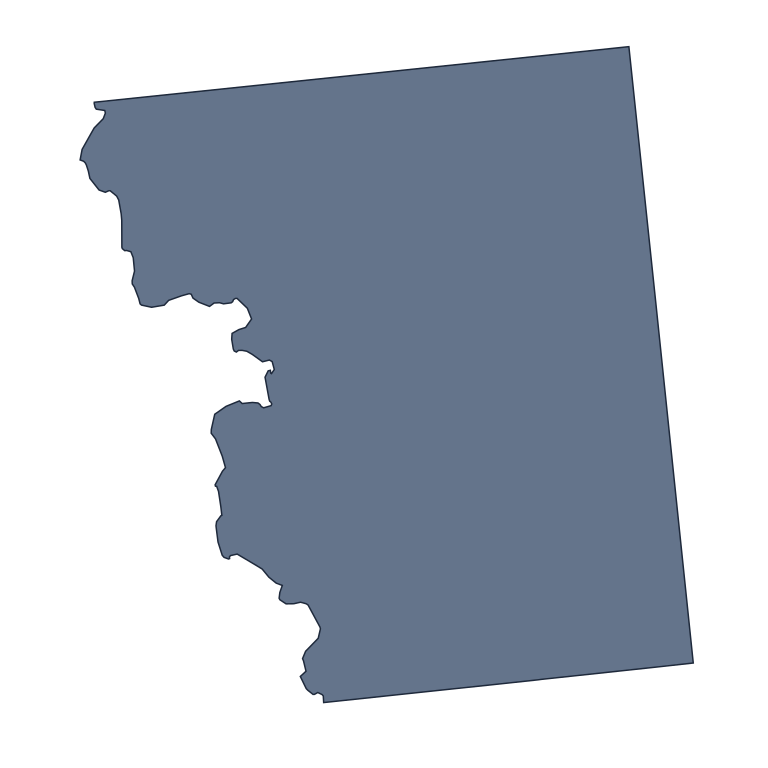 outline of Lincoln, South Dakota, United States of America, rotated 174°
{"feature_id": "52423323B14637934462643", "entity_name": "Lincoln", "entity_type": "district", "adm_level": 2, "iso_a3": "USA", "parent_name": "United States of America", "parent_adm1": "South Dakota", "projection": "equal_earth", "projection_center": [-96.553, 43.292], "detail": "fine", "context": "isolated", "style": "filled", "palette": "slate", "viewbox_px": 768, "rotation_deg": 174, "n_neighbors": 0, "source": "geoboundaries", "source_scale": "gbopen_adm2", "svg_char_len": 2040}
<svg xmlns="http://www.w3.org/2000/svg" viewBox="0 0 768 768"><g transform="rotate(174 384 384)"><path d="M105.2,693.9L240.7,694.0L642.7,694.5L642.9,693.3L642.4,689.3L641.4,687.4L633.1,685.2L632.8,682.5L635.5,677.2L645.4,669.0L649.7,663.0L659.7,648.9L662.8,638.6L659.4,636.9L658.0,635.2L657.1,632.9L655.8,626.7L655.0,619.2L647.1,606.7L641.1,603.8L637.4,605.0L636.1,604.8L630.2,598.8L628.6,594.7L627.6,580.8L627.7,574.2L630.4,547.4L630.1,546.0L627.9,543.7L626.0,543.7L621.9,542.0L620.2,535.8L620.3,522.4L623.7,513.0L623.9,509.8L622.1,506.4L619.0,494.7L618.2,489.2L616.9,487.8L607.1,484.6L594.3,485.4L589.4,489.7L576.0,492.9L568.3,494.2L566.3,493.4L565.0,489.4L559.6,484.7L549.4,479.4L544.5,482.3L539.0,482.0L535.2,480.5L527.5,480.7L525.9,481.7L524.8,483.7L522.9,484.6L521.2,484.5L512.0,473.6L508.9,462.5L515.7,454.7L522.6,453.3L529.8,450.2L530.8,444.4L530.2,434.5L529.5,432.5L527.5,431.2L525.2,432.6L521.6,432.3L517.0,430.9L511.9,427.2L502.5,418.8L495.5,419.8L492.9,418.0L491.6,409.9L494.8,406.1L495.5,406.6L495.6,409.5L497.8,409.2L501.6,403.2L500.2,384.9L499.9,380.9L499.5,378.9L498.4,377.8L497.7,375.9L498.5,374.3L506.2,372.9L508.4,374.4L509.5,376.6L511.3,378.3L516.8,379.4L517.7,379.4L527.1,379.4L529.6,382.3L543.4,378.3L555.5,371.6L560.5,356.8L561.0,353.1L557.3,347.0L552.4,329.1L550.4,317.4L553.8,314.1L562.5,301.4L562.3,300.0L561.1,299.7L559.8,294.5L559.1,279.0L559.0,270.3L560.0,270.0L564.9,264.6L565.9,260.6L565.9,258.6L565.6,244.2L562.8,230.6L561.2,228.3L556.9,226.2L555.8,226.5L555.8,228.2L554.6,229.4L547.8,230.2L529.7,216.7L524.5,212.7L518.6,203.8L512.0,197.2L506.2,194.3L509.4,187.5L510.7,181.9L510.1,180.3L504.4,175.6L496.7,174.9L489.9,175.7L487.9,175.0L484.2,173.5L482.6,172.1L473.1,149.0L472.8,147.2L476.0,138.0L489.9,126.4L493.7,119.4L493.0,117.1L491.6,106.5L497.8,101.9L493.2,89.2L491.8,87.4L487.0,82.7L485.6,82.6L482.1,84.1L477.9,81.5L477.0,80.1L477.3,73.5L474.4,73.5L353.3,73.6L307.3,73.6L261.4,73.7L258.4,73.8L145.2,74.0L105.6,74.2L105.2,434.3L105.2,693.9Z" fill="#64748b" stroke="#1e293b" stroke-width="1.5"/></g></svg>